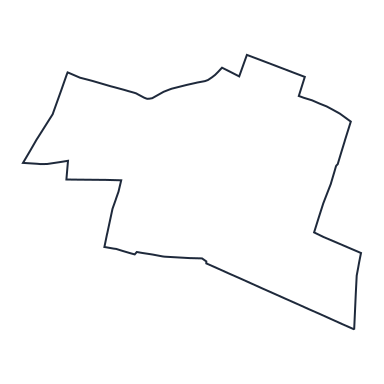 the district of Papalotla, México, Mexico
{"feature_id": "50627088B323128509418", "entity_name": "Papalotla", "entity_type": "district", "adm_level": 2, "iso_a3": "MEX", "parent_name": "Mexico", "parent_adm1": "México", "projection": "natural_earth1", "projection_center": [-98.859, 19.559], "detail": "fine", "context": "isolated", "style": "outline", "palette": "slate", "viewbox_px": 384, "rotation_deg": 0, "n_neighbors": 0, "source": "geoboundaries", "source_scale": "gbopen_adm2", "svg_char_len": 1757}
<svg xmlns="http://www.w3.org/2000/svg" viewBox="0 0 384 384"><path d="M134.7,254.4L136.8,252.0L142.5,253.0L148.5,253.9L152.4,254.5L162.5,256.4L164.0,256.6L164.7,256.7L165.1,256.7L189.8,258.1L202.0,258.4L206.3,261.4L206.3,263.4L217.6,268.4L228.9,273.5L240.3,278.5L251.6,283.6L262.9,288.7L274.2,293.7L285.6,298.8L296.9,303.8L308.2,308.9L319.6,313.9L330.9,319.0L342.2,324.1L353.6,329.1L354.2,328.8L355.0,311.0L355.8,293.3L356.7,275.6L358.2,267.6L359.1,262.5L360.0,257.9L361.0,253.0L360.0,252.6L357.5,251.5L352.8,249.5L338.1,243.2L323.5,237.0L314.1,232.4L318.6,218.0L319.3,215.8L323.3,203.3L326.2,195.8L330.9,183.7L331.0,183.2L334.5,171.4L335.9,166.5L336.2,165.8L336.5,165.4L337.7,164.2L341.5,151.6L344.7,141.2L344.8,140.7L350.8,121.6L339.8,113.6L332.2,109.4L326.6,106.4L319.8,103.7L312.0,100.3L303.5,97.7L300.6,96.6L298.8,96.0L304.8,76.9L292.4,72.2L279.6,67.3L266.5,62.3L246.9,54.9L246.6,55.7L242.7,66.6L239.2,76.4L231.0,72.2L222.0,67.7L221.6,68.1L218.1,71.9L215.1,74.9L212.0,77.3L208.0,80.0L205.0,81.1L202.3,81.6L196.9,82.6L196.2,82.8L186.8,84.9L171.7,88.7L169.5,89.5L163.6,91.8L152.2,98.2L149.3,98.7L147.4,98.8L146.5,98.6L144.2,97.7L138.0,94.4L136.2,93.4L135.0,93.0L134.4,92.8L131.2,91.9L128.3,91.1L126.3,90.5L123.9,89.8L120.2,88.8L115.4,87.5L114.3,87.2L110.8,86.3L92.7,81.0L87.8,79.7L80.0,77.7L69.1,73.0L67.6,72.4L66.7,74.7L64.0,82.4L61.3,90.1L53.2,112.7L52.7,114.2L49.4,119.4L37.5,138.2L36.7,139.4L29.9,151.2L23.0,162.9L34.3,163.6L37.5,163.8L40.5,164.1L47.1,164.0L59.3,162.2L68.0,160.8L66.4,179.5L73.4,179.6L106.1,179.9L121.2,180.3L118.5,191.7L116.0,198.8L115.8,199.5L112.5,208.8L107.2,233.6L107.1,233.8L104.4,247.0L105.7,247.2L113.6,248.6L115.2,248.8L116.1,248.9L122.5,250.9L131.0,253.4L134.7,254.4Z" fill="none" stroke="#1e293b" stroke-width="2"/></svg>